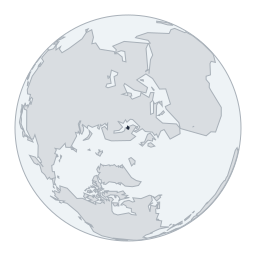 Södermanland on an orthographic globe, rotated 228°
{"feature_id": "SWE-185", "entity_name": "Södermanland", "entity_type": "County", "adm_level": 1, "iso_a3": "SWE", "parent_name": "Sweden", "parent_adm1": "", "projection": "orthographic", "projection_center": [16.821, 59.079], "detail": "coarse", "context": "on_globe", "style": "filled", "palette": "slate", "viewbox_px": 256, "rotation_deg": 228, "n_neighbors": 0, "source": "natural_earth", "source_scale": "10m", "svg_char_len": 10621}
<svg xmlns="http://www.w3.org/2000/svg" viewBox="0 0 256 256"><g transform="rotate(228 128 128)"><circle cx="128" cy="128" r="113" fill="#eef3f6" stroke="#a8b0b8"/><path d="M15.9,117.2L15.9,117.5L17.0,111.3L17.4,108.4L17.3,107.9L19.7,97.4L21.8,91.4L35.7,63.5L38.5,59.7L40.7,57.3L56.4,43.0L44.5,52.7L48.5,48.5L53.8,44.0L53.3,44.7L60.2,40.1L65.3,36.5L74.2,33.1L81.3,34.4L78.1,35.6L80.2,36.0L84.3,34.6L86.4,33.6L99.1,34.3L112.8,32.3L116.5,29.8L116.2,31.9L122.8,26.2L129.8,24.7L122.3,27.6L121.8,28.8L126.8,28.3L127.4,29.6L130.1,30.1L130.4,31.6L125.9,33.4L126.0,34.5L129.5,34.1L132.0,35.6L126.8,36.0L130.6,38.6L123.9,42.5L109.8,42.9L106.4,47.0L92.8,52.9L94.4,53.9L90.3,57.1L90.6,59.5L88.0,60.1L90.4,61.5L92.8,60.6L94.6,60.9L95.0,62.3L91.8,63.2L91.1,62.7L90.3,63.7L88.6,63.6L89.7,64.4L85.7,65.5L90.2,66.5L87.4,69.2L84.6,69.3L84.3,66.5L76.9,60.5L73.9,60.1L70.2,62.2L64.4,71.8L61.5,72.6L57.9,75.8L59.8,76.5L63.3,74.3L66.0,76.6L69.9,73.8L71.6,74.4L75.9,72.9L75.9,76.2L73.6,80.3L70.0,81.8L68.9,83.7L72.9,84.9L66.8,90.4L63.7,98.9L62.1,100.1L57.9,97.6L56.4,90.8L51.0,88.2L55.2,93.1L51.0,96.3L50.6,98.3L51.2,100.0L53.1,100.1L51.8,102.0L47.1,97.6L48.2,95.9L49.7,97.2L49.0,94.1L45.8,91.6L43.9,93.6L41.2,88.1L39.8,89.6L38.4,89.3L40.8,87.3L36.4,90.9L32.9,86.1L26.9,92.4L32.0,83.8L33.4,79.6L34.6,75.3L33.6,76.2L36.5,69.7L36.8,66.2L33.4,68.6L29.7,74.0L26.8,80.7L27.5,80.7L26.3,85.2L23.7,86.9L21.1,96.2L19.4,99.4L18.1,104.0L17.6,107.7L16.9,113.2L17.5,114.0L18.0,117.9L16.8,121.3L18.1,121.1L17.7,125.7L19.5,135.8L19.0,135.8L20.3,148.5L23.7,159.6L24.5,164.3L23.9,164.7L25.6,168.4L25.6,169.5L33.9,183.7L39.6,192.7L40.4,195.9L37.6,194.4L38.5,196.4L33.6,189.5L29.3,182.2L25.5,174.7L22.3,166.9L19.7,158.9L17.7,150.7L16.3,142.4L15.5,134.0L15.4,125.6L15.9,117.2ZM25.3,93.8L22.4,106.4L22.4,101.1L22.7,101.6L23.8,98.0L25.2,92.4L25.7,88.1L25.3,93.8ZM27.6,95.1L28.0,93.2L27.8,94.8L27.6,95.1ZM87.3,33.0L84.3,34.4L80.4,35.4L82.8,34.0L87.3,33.0ZM94.8,31.9L93.6,32.8L91.4,32.0L92.8,31.7L94.8,31.9ZM119.0,27.8L116.4,28.3L118.8,27.4L119.0,27.8ZM130.4,29.9L131.0,29.4L132.2,29.9L130.4,29.9ZM75.6,71.2L75.7,72.0L74.8,71.9L75.6,71.2ZM77.3,69.8L76.2,69.1L76.8,68.3L77.5,68.8L77.3,69.8ZM133.7,32.8L135.4,33.9L132.9,33.1L133.7,32.8ZM78.5,70.9L78.1,67.0L79.3,65.7L82.8,66.5L78.5,70.9ZM135.9,34.7L140.2,37.4L141.8,36.4L139.7,40.8L136.8,36.9L133.4,36.1L135.6,35.7L135.9,34.7ZM93.3,59.7L90.9,60.8L92.6,58.6L93.3,59.7ZM94.0,58.2L96.5,51.3L100.3,50.6L98.7,52.9L103.3,51.0L104.0,54.0L101.6,55.7L99.0,55.6L101.2,56.9L94.0,58.2ZM137.9,42.8L138.2,43.8L137.0,43.1L137.9,42.8ZM95.5,60.9L95.7,59.5L99.0,58.7L99.3,61.4L98.1,60.8L95.5,60.9ZM104.3,49.1L106.8,49.1L108.0,51.4L109.1,51.7L104.3,54.0L104.3,49.1ZM97.5,61.7L99.3,62.7L98.1,64.4L95.6,62.2L97.5,61.7ZM99.8,57.5L101.3,57.2L100.5,58.2L99.8,57.5ZM94.8,71.2L94.9,69.4L96.7,68.8L94.8,71.2ZM100.1,63.0L100.5,62.4L101.2,62.0L102.1,63.1L100.1,63.0ZM105.5,55.6L105.5,56.6L107.5,54.7L108.5,56.5L105.1,57.8L107.0,58.0L107.3,58.5L104.2,58.9L105.5,55.6ZM105.1,63.0L101.1,65.3L100.5,68.6L98.9,69.2L100.2,63.8L105.1,63.0ZM104.8,60.6L104.6,62.2L102.8,62.0L101.8,60.8L104.8,60.6ZM110.4,57.4L109.8,54.3L110.5,54.1L110.4,57.4ZM105.2,64.0L106.2,63.4L105.4,64.2L105.2,64.0ZM109.2,59.4L108.9,58.3L109.8,58.1L109.2,59.4ZM108.4,63.2L107.1,63.9L106.4,63.1L108.4,63.2ZM109.1,61.5L110.3,61.5L106.9,62.4L108.8,61.0L109.1,61.5ZM110.1,59.4L110.5,59.0L110.1,59.9L110.1,59.4ZM111.8,66.0L107.7,67.2L106.1,65.4L110.3,64.4L111.8,66.0ZM129.5,240.6L125.2,240.4L118.3,236.8L121.9,234.4L121.0,232.0L112.3,224.8L114.2,220.7L111.8,218.5L106.7,218.3L103.8,215.5L100.7,214.8L80.9,211.1L74.6,205.4L66.4,190.4L69.7,187.1L69.9,180.9L92.7,166.5L98.0,169.4L116.6,169.1L119.0,170.1L117.4,175.6L131.8,182.2L135.8,177.5L148.3,179.4L156.2,177.5L157.9,166.6L145.0,169.6L142.1,164.8L152.0,158.0L163.3,155.3L162.5,153.4L154.9,150.9L157.0,146.2L152.2,149.6L154.6,151.3L151.6,153.6L149.3,152.3L150.2,150.6L146.6,150.4L143.6,158.7L145.6,161.3L136.7,164.0L139.2,168.5L137.0,171.0L131.9,164.3L132.0,161.5L123.0,153.9L122.0,156.9L130.5,164.5L128.1,164.0L126.9,168.5L125.9,164.7L116.9,155.9L108.5,157.0L98.6,166.7L93.5,166.5L88.9,162.9L91.6,151.9L102.7,153.8L103.8,150.2L100.8,143.9L104.5,145.1L104.6,142.9L108.7,143.3L113.8,138.5L117.9,138.2L119.2,131.3L121.5,130.3L120.0,134.7L121.2,137.7L131.2,137.1L133.0,135.5L133.0,131.1L135.8,131.6L134.6,127.5L140.0,125.0L132.3,124.6L132.2,119.8L135.1,115.7L133.6,114.1L128.9,120.8L128.3,123.6L129.9,126.0L127.0,133.8L123.7,135.2L121.6,126.9L116.6,128.0L117.1,121.4L129.6,107.0L135.1,103.8L145.7,108.3L144.8,111.7L140.6,111.6L145.1,116.0L144.5,113.6L146.8,114.1L147.2,109.8L148.8,110.0L146.4,105.7L148.5,105.4L150.0,108.2L152.4,101.9L156.5,100.3L156.2,98.9L154.8,97.7L161.0,96.6L160.5,95.6L158.3,95.5L156.0,93.5L154.3,89.6L156.5,89.4L157.4,90.8L162.7,93.6L164.8,97.6L165.5,97.1L164.2,93.7L157.8,90.2L156.1,87.9L159.4,89.0L158.1,88.4L157.9,87.2L159.9,86.0L156.4,84.5L152.0,72.3L155.3,68.9L158.7,71.1L157.9,63.1L161.7,60.2L159.7,60.1L158.0,56.4L156.8,57.2L155.7,56.9L150.6,48.3L151.2,46.3L146.7,42.9L145.7,42.9L145.0,44.1L139.7,40.8L141.8,36.4L144.1,36.6L143.8,33.9L149.0,34.9L153.2,34.5L159.0,37.4L161.8,37.0L161.4,36.0L164.9,34.9L173.6,36.5L168.4,39.6L155.8,39.0L161.1,39.5L160.4,40.8L162.7,41.8L166.4,42.2L166.5,41.4L175.2,49.6L185.3,54.3L183.2,50.2L184.8,48.7L194.4,51.4L209.0,64.7L211.3,63.6L213.3,64.8L215.5,68.5L212.6,66.8L212.3,68.9L210.4,67.5L213.0,73.2L210.2,71.4L213.6,76.8L215.4,76.7L214.2,72.3L218.2,78.0L220.5,76.2L223.9,78.8L230.6,91.5L232.6,100.7L233.4,102.2L232.6,103.9L234.0,109.9L237.5,110.4L238.2,112.4L239.3,122.1L238.9,120.9L236.8,125.6L238.2,131.3L239.9,128.9L240.5,131.1L240.0,134.3L239.2,132.7L238.4,134.3L237.3,129.8L234.2,126.7L233.6,132.3L232.5,129.8L228.1,129.3L226.6,137.3L225.0,153.6L226.8,160.7L225.3,166.8L218.5,163.0L214.8,157.5L212.8,160.9L205.4,159.8L194.0,169.0L192.0,167.8L189.9,170.4L184.7,171.2L181.5,168.8L178.5,170.7L187.0,176.8L190.1,174.6L192.2,169.0L194.1,171.7L199.0,171.4L194.9,183.1L177.3,199.6L175.0,194.6L158.4,182.0L158.6,179.7L158.5,179.4L158.2,179.0L157.3,183.0L154.3,179.9L163.8,190.5L165.7,195.2L177.1,200.0L176.2,201.3L179.7,201.6L190.1,194.0L190.3,195.8L185.7,206.4L170.7,221.8L172.4,225.8L170.8,229.3L160.7,234.1L160.9,235.2L155.6,236.9L154.7,237.4L151.7,238.1L140.7,239.9L129.5,240.6ZM85.5,176.5L85.1,178.4L85.5,176.5ZM175.8,157.4L182.1,154.4L178.2,149.2L180.3,147.6L178.2,146.5L177.9,148.8L172.5,145.3L174.8,141.8L173.5,139.1L171.3,140.0L167.9,147.0L175.5,152.0L174.6,155.5L175.8,157.4ZM19.6,136.1L19.6,138.0L19.2,136.4L19.6,136.1ZM21.6,101.6L21.3,103.8L21.0,105.4L21.0,103.9L21.6,101.6ZM21.8,119.3L21.9,122.0L21.4,119.8L21.8,119.3ZM22.1,108.3L21.6,117.3L20.7,113.4L21.1,107.7L21.3,110.8L22.1,108.3ZM26.0,95.9L25.7,97.4L25.2,97.6L26.0,95.9ZM27.5,96.3L27.5,95.9L28.0,94.8L27.5,96.3ZM51.3,96.6L51.6,97.0L51.9,98.9L51.0,98.4L51.3,96.6ZM57.6,105.9L55.4,108.7L56.4,106.2L54.7,105.9L54.6,100.5L61.2,100.5L58.3,101.4L57.6,105.9ZM56.4,93.4L55.7,96.7L56.2,93.1L56.4,93.4ZM101.4,130.8L103.0,132.6L101.8,135.1L96.6,135.8L98.4,132.2L101.4,130.8ZM105.6,134.7L104.9,126.5L108.1,125.9L106.4,127.6L108.6,128.0L106.5,130.9L110.2,138.4L109.3,141.1L100.3,140.7L103.7,139.3L101.9,137.5L105.6,134.7ZM97.6,108.4L97.4,105.3L104.6,107.9L104.0,110.5L98.8,111.3L96.5,108.7L97.6,108.4ZM84.8,73.2L84.3,72.2L85.2,71.9L86.4,72.5L84.8,73.2ZM94.7,70.4L88.2,77.6L87.2,76.7L84.6,82.2L81.0,82.1L82.8,78.5L78.1,82.7L78.3,79.4L75.4,82.5L79.8,74.5L79.8,71.8L81.2,74.8L84.5,75.0L85.9,74.2L90.0,70.3L91.6,64.8L95.1,64.2L97.2,65.3L97.3,66.5L95.0,66.5L96.9,68.1L93.6,69.0L94.7,70.4ZM119.3,80.3L116.5,79.3L119.7,83.6L116.5,84.2L117.0,84.6L114.9,86.4L113.3,89.4L111.8,89.2L111.8,90.4L110.4,91.7L110.0,93.4L107.0,93.7L106.3,95.8L105.3,94.8L104.7,98.4L103.8,95.9L101.9,97.4L103.8,99.0L88.9,97.4L83.4,99.0L79.3,101.8L78.3,97.3L81.5,91.9L86.8,87.0L92.2,86.2L90.8,84.4L93.0,83.6L93.2,85.3L94.2,82.1L96.0,81.9L100.7,78.0L101.0,73.7L102.7,72.3L103.5,73.9L104.7,71.3L107.4,73.4L108.7,72.5L112.8,73.7L113.7,77.5L115.1,76.1L118.2,77.1L119.3,80.3ZM112.9,66.4L114.7,70.6L113.8,73.0L107.2,70.0L105.6,70.5L101.3,68.8L102.7,65.4L103.8,66.2L105.2,66.1L104.2,67.2L106.0,66.3L107.6,67.4L109.5,67.1L109.6,68.5L112.9,66.4ZM121.4,168.1L123.2,168.3L126.0,168.1L125.3,171.0L121.4,168.1ZM115.2,162.2L116.8,161.9L117.1,165.8L115.3,165.6L115.2,162.2ZM117.3,158.6L116.8,161.6L116.0,159.9L117.3,158.6ZM121.5,134.2L123.1,133.7L123.4,134.7L122.6,136.2L121.5,134.2ZM128.1,93.7L126.7,92.6L127.1,92.0L125.8,88.3L128.1,87.7L129.8,89.6L128.1,93.7ZM155.9,169.0L153.8,171.6L152.5,170.9L153.5,170.2L155.9,169.0ZM139.0,172.1L143.0,172.9L138.7,172.9L139.0,172.1ZM130.4,92.4L129.6,91.0L131.3,91.6L130.4,92.4ZM129.7,87.1L131.6,87.4L128.2,87.2L129.7,87.1ZM188.2,220.8L179.5,228.1L174.7,230.3L174.5,229.9L178.2,226.4L184.0,222.8L187.0,219.9L188.2,220.8ZM240.0,139.6L240.0,139.9L237.9,141.7L238.7,138.3L240.5,132.9L240.4,134.4L240.5,133.7L240.0,139.6ZM240.5,121.9L240.4,121.2L240.4,120.5L240.5,121.9ZM239.4,111.6L238.0,103.9L237.9,103.3L239.4,111.6ZM227.2,160.9L229.3,162.3L228.3,164.8L227.2,160.9ZM236.0,96.2L237.6,102.4L235.7,95.8L236.0,96.2ZM234.1,91.2L234.6,92.2L234.5,92.6L234.1,91.2ZM234.5,103.8L234.8,106.7L234.2,105.9L233.5,101.9L234.5,103.8ZM226.5,81.1L228.6,83.5L229.4,84.8L228.5,84.5L226.5,81.1ZM148.9,86.1L148.2,91.8L149.3,95.7L152.3,97.5L147.8,97.5L146.2,91.5L148.9,86.1ZM151.4,74.0L148.8,72.6L150.0,71.7L150.8,71.9L151.4,74.0ZM149.7,74.2L146.2,75.3L144.8,73.6L147.9,73.0L149.7,74.2ZM138.4,83.7L138.0,85.4L136.7,84.8L138.4,83.7ZM233.9,89.6L235.0,92.7L233.5,88.6L233.9,89.6ZM234.9,92.6L234.4,91.5L233.9,89.8L234.9,92.6ZM233.3,88.0L232.3,85.7L232.6,86.1L232.6,86.3L233.3,88.0ZM233.2,89.3L233.0,87.5L234.2,91.7L231.7,87.6L231.0,85.3L233.2,89.3ZM213.0,60.8L211.8,60.4L210.4,58.2L211.7,59.1L213.0,60.8ZM204.9,51.1L209.7,57.5L213.3,62.9L213.3,61.9L216.3,64.7L214.9,65.2L210.6,60.2L208.3,56.4L205.7,54.6L202.6,51.3L199.7,50.3L197.6,48.6L199.5,48.4L204.9,51.1ZM198.6,50.1L192.5,47.7L191.0,44.5L192.0,44.3L195.4,46.7L196.0,48.2L198.6,50.1ZM190.6,46.3L191.1,47.8L183.2,48.6L181.2,48.0L186.4,45.4L187.1,46.8L189.3,47.2L190.6,46.3ZM139.3,43.5L138.3,43.8L138.7,43.0L139.3,43.5ZM155.0,57.5L153.6,56.9L154.1,55.9L155.0,57.5ZM149.8,54.9L150.3,56.4L148.9,54.8L149.8,54.9ZM151.5,59.9L150.0,57.0L152.8,59.7L151.5,59.9Z" fill="#d9dde1" stroke="#a8b0b8" stroke-width="1"/><path d="M128.8,128.2L128.8,128.3L128.7,128.3L128.8,128.4L128.6,128.4L128.6,128.5L128.3,128.7L128.2,128.6L128.3,128.7L128.2,128.7L128.3,128.8L128.2,128.8L127.8,128.8L127.6,128.8L127.5,128.5L127.2,128.3L127.0,128.1L126.9,128.2L127.0,127.9L127.0,127.7L127.5,127.4L128.1,127.1L128.3,127.1L128.6,127.3L128.5,127.5L128.5,127.8L128.6,128.2L128.8,128.2Z" fill="#64748b" stroke="#1e293b" stroke-width="1.5"/></g></svg>